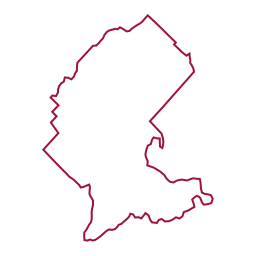 the district of Getúlio Vargas, Rio Grande do Sul, Brazil
{"feature_id": "56859067B47286400089362", "entity_name": "Getúlio Vargas", "entity_type": "district", "adm_level": 2, "iso_a3": "BRA", "parent_name": "Brazil", "parent_adm1": "Rio Grande do Sul", "projection": "robinson", "projection_center": [-52.166, -27.853], "detail": "fine", "context": "isolated", "style": "outline", "palette": "rose", "viewbox_px": 256, "rotation_deg": 0, "n_neighbors": 0, "source": "geoboundaries", "source_scale": "gbopen_adm2", "svg_char_len": 2209}
<svg xmlns="http://www.w3.org/2000/svg" viewBox="0 0 256 256"><path d="M147.7,15.4L145.9,17.4L144.1,19.4L142.2,21.8L139.4,23.8L136.3,25.6L134.0,27.1L131.6,28.9L129.5,30.9L126.6,31.4L123.1,29.0L119.9,27.3L117.7,29.3L114.9,28.8L112.6,29.6L109.1,30.5L106.8,32.0L104.5,34.8L103.0,38.4L100.8,40.6L99.2,42.7L96.3,45.5L93.0,45.8L77.3,62.8L77.0,66.7L76.9,70.9L75.2,73.1L74.0,76.5L71.4,79.3L68.0,77.7L64.8,77.5L63.8,81.7L61.2,83.3L59.3,85.8L58.1,89.3L57.9,92.6L56.0,96.1L52.4,95.5L50.6,97.5L58.5,105.3L52.2,111.8L56.6,116.3L50.9,122.5L54.0,127.0L58.4,133.1L43.3,149.7L58.3,165.4L66.4,173.6L69.3,176.7L73.8,179.8L79.3,185.1L80.7,187.5L83.7,186.9L86.3,185.7L89.2,184.6L90.0,187.4L89.6,190.4L89.5,194.1L90.9,197.0L93.0,200.4L93.0,205.0L92.1,208.7L91.6,212.6L91.7,215.4L91.7,219.0L91.0,222.1L89.0,224.9L87.6,227.6L86.3,229.9L84.3,232.5L84.2,236.0L84.5,240.1L87.5,240.6L89.9,239.5L92.8,240.5L95.2,239.9L97.7,238.3L100.9,235.9L103.9,233.2L106.6,230.8L109.3,229.4L112.0,229.9L115.0,229.1L116.9,227.3L118.8,224.8L121.3,223.9L124.0,221.5L127.2,218.7L129.3,216.4L130.3,213.8L133.1,214.4L135.1,217.5L138.7,217.2L141.2,218.4L143.8,215.4L145.5,213.1L148.6,215.5L150.1,219.7L152.0,222.4L156.9,222.9L158.7,220.0L161.6,219.0L164.9,221.4L169.0,221.2L172.4,219.7L176.0,217.3L179.5,218.5L182.4,216.4L183.8,212.1L188.2,210.5L191.7,208.4L194.4,207.0L193.8,204.1L192.2,199.6L194.3,197.4L196.8,195.8L199.3,196.9L200.7,198.9L201.8,202.1L203.7,204.6L207.0,204.3L211.3,203.1L212.7,198.8L210.9,195.1L207.6,194.3L204.8,193.9L201.9,192.5L200.9,188.1L200.7,185.0L200.4,181.8L199.8,178.9L196.7,178.8L193.3,178.3L190.2,179.2L187.0,180.5L182.3,179.6L179.3,179.9L175.9,181.0L173.5,182.5L170.1,181.8L167.5,179.6L165.8,177.6L164.5,175.2L160.1,171.5L153.5,167.5L147.3,165.4L147.7,161.1L146.0,157.4L145.4,154.5L146.2,150.4L147.8,145.7L150.9,144.0L151.9,140.1L153.6,137.4L156.9,138.4L159.7,138.4L159.8,141.9L160.0,146.6L162.3,148.0L163.1,144.7L163.4,141.6L162.8,137.7L161.6,133.7L149.9,121.2L163.0,106.9L194.0,71.8L193.3,68.3L191.7,65.2L190.2,63.1L190.3,60.2L189.7,56.6L189.5,53.7L186.4,55.7L181.8,52.0L174.0,44.4L175.8,42.5L173.9,40.6L170.0,36.8L163.5,30.4L156.1,23.2L153.0,20.3L150.5,17.9L147.7,15.4Z" fill="none" stroke="#9f1239" stroke-width="2"/></svg>